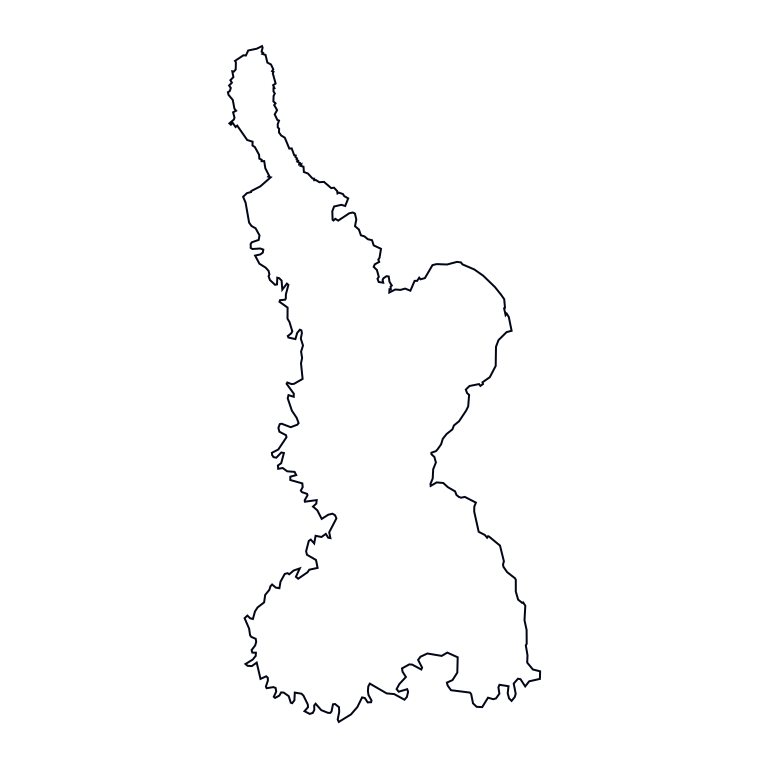 Nyarugenge, Kigali City, Rwanda
{"feature_id": "39286606B91255837333217", "entity_name": "Nyarugenge", "entity_type": "district", "adm_level": 2, "iso_a3": "RWA", "parent_name": "Rwanda", "parent_adm1": "Kigali City", "projection": "robinson", "projection_center": [30.031, -1.971], "detail": "fine", "context": "isolated", "style": "outline", "palette": "ink", "viewbox_px": 768, "rotation_deg": 0, "n_neighbors": 0, "source": "geoboundaries", "source_scale": "gbopen_adm2", "svg_char_len": 6079}
<svg xmlns="http://www.w3.org/2000/svg" viewBox="0 0 768 768"><path d="M511.6,330.8L508.8,317.0L506.7,313.6L505.6,315.1L504.1,308.3L505.0,307.8L504.2,299.2L501.1,294.8L494.9,287.0L483.2,275.7L474.2,269.4L462.5,264.4L460.9,262.4L456.9,261.9L447.1,264.5L436.7,264.1L432.5,265.1L424.9,278.1L420.5,279.3L419.2,277.7L417.1,280.9L414.6,280.9L410.4,290.7L405.1,288.6L400.5,289.9L395.3,289.5L389.3,292.5L389.5,289.2L390.8,289.2L390.6,286.5L391.8,285.5L389.5,281.8L388.7,276.5L386.5,276.2L383.4,278.3L382.6,280.0L383.2,282.7L378.7,282.0L377.5,278.8L378.8,276.9L376.9,270.0L373.7,266.9L374.8,264.3L379.2,261.9L378.3,259.6L379.5,257.9L381.0,248.8L373.7,245.4L372.0,240.2L367.8,239.2L364.5,236.4L360.9,235.3L358.9,229.5L355.0,226.2L356.3,219.4L354.9,213.5L352.7,212.5L349.2,213.3L338.2,220.6L335.3,218.8L333.5,220.5L332.6,219.8L332.3,211.2L334.1,206.5L341.4,204.8L345.2,206.0L348.2,198.4L344.2,196.1L342.9,194.0L338.7,192.6L337.5,193.4L337.1,191.0L334.0,187.7L331.2,188.1L324.0,181.9L319.3,182.2L316.0,180.1L314.2,180.2L314.2,178.7L312.5,178.5L307.9,173.5L303.9,172.0L303.5,166.7L301.0,166.0L301.3,164.5L300.3,165.1L300.2,163.6L299.2,164.1L299.4,162.7L297.3,161.6L298.1,160.7L296.6,159.5L297.0,158.4L295.4,156.9L295.7,155.5L294.2,155.2L291.7,148.4L289.3,148.6L284.8,137.7L281.2,135.5L279.0,132.5L279.1,128.7L277.8,127.4L277.7,124.4L279.0,120.6L277.4,120.0L274.7,114.4L277.1,110.1L274.2,105.1L275.5,103.3L273.4,101.4L273.6,95.9L274.8,93.5L273.5,91.4L273.5,88.2L274.4,88.1L273.1,85.2L275.6,83.5L272.8,73.3L273.5,71.8L272.1,71.1L273.3,69.3L271.0,64.5L267.4,62.6L265.5,54.9L262.3,53.9L263.1,52.9L261.6,51.7L262.6,47.7L262.0,46.1L256.8,48.7L248.2,50.5L245.9,55.5L243.4,55.3L235.0,60.9L235.9,62.3L235.7,69.5L233.8,71.6L232.3,71.3L233.4,77.1L230.4,80.2L231.9,82.7L229.1,85.5L230.8,88.0L229.7,91.2L227.9,92.2L228.5,94.8L232.8,100.0L234.4,108.7L236.1,110.7L233.1,112.3L234.5,117.7L233.9,119.5L229.4,123.4L230.9,124.7L232.6,122.8L235.6,127.0L237.2,125.6L247.2,140.0L252.6,141.7L252.5,145.5L254.9,147.1L259.1,154.8L259.3,158.6L261.7,159.8L261.6,161.2L264.2,161.1L265.3,168.2L269.1,175.7L268.3,176.6L270.7,177.3L260.3,186.4L251.3,191.0L251.1,192.0L247.0,193.1L243.1,196.8L245.6,202.7L249.1,222.6L251.5,226.0L255.6,228.3L259.5,235.4L258.7,239.9L251.8,242.3L250.7,243.9L250.7,247.9L252.4,249.0L260.3,248.5L263.3,249.6L262.8,252.6L260.4,254.4L255.1,255.6L259.4,263.7L265.6,267.6L268.6,270.9L269.4,274.4L268.6,276.2L269.9,280.0L275.1,284.8L277.0,284.4L277.3,277.7L279.2,278.2L281.6,280.6L282.3,289.6L286.9,283.6L288.4,284.9L285.9,294.3L285.8,298.5L285.1,299.7L280.0,300.2L279.5,301.8L287.6,307.6L287.5,318.7L289.4,321.8L292.3,331.3L291.2,333.4L287.8,336.0L288.4,337.5L295.4,339.1L297.2,332.9L299.9,329.7L301.4,330.4L301.9,333.1L300.8,338.6L303.0,345.5L301.1,351.6L302.1,358.0L301.0,363.3L302.6,378.9L294.1,383.8L291.6,384.1L287.3,382.5L286.6,383.8L293.8,393.7L293.7,396.8L288.5,395.1L287.7,398.3L291.9,410.7L296.7,417.9L298.6,423.1L297.3,424.7L290.7,427.2L281.6,423.7L279.8,424.1L278.4,427.9L279.4,431.7L286.0,435.2L286.5,437.2L278.3,449.5L271.9,452.8L272.1,455.0L273.5,457.1L276.3,457.7L281.3,452.5L283.9,453.0L281.2,463.2L277.9,465.5L278.2,468.8L282.7,468.0L287.2,471.3L294.6,471.9L296.2,475.1L290.3,476.7L290.3,480.0L302.3,483.4L302.7,487.1L300.8,490.6L301.9,492.1L307.1,493.9L307.5,495.3L304.7,500.2L304.9,501.7L316.7,500.1L316.3,503.6L313.0,506.6L317.3,510.3L321.7,518.9L328.3,514.7L332.5,513.7L335.1,515.3L336.4,518.4L329.2,532.3L330.4,538.1L328.2,537.7L325.8,533.9L321.5,537.0L315.6,535.8L314.2,543.4L310.8,539.6L308.8,540.9L306.1,551.3L307.0,554.8L316.0,560.0L317.6,567.9L309.3,569.7L307.5,572.3L298.2,578.7L295.9,576.8L299.8,568.4L293.7,570.5L289.2,574.3L287.6,573.2L284.8,573.9L280.5,581.7L279.4,588.2L275.8,587.6L272.1,584.5L270.5,586.2L269.3,589.9L265.2,594.9L264.1,602.4L257.6,607.4L255.0,611.4L252.9,619.0L250.2,618.3L247.4,615.6L244.6,618.2L249.1,628.6L250.1,635.3L251.3,636.9L255.7,638.8L256.2,641.8L255.2,645.4L251.6,650.1L252.3,652.6L255.9,652.7L255.7,655.9L252.7,659.6L245.5,664.0L247.6,665.8L251.8,666.1L256.7,662.6L260.5,678.9L266.2,676.3L267.8,677.8L267.9,680.5L265.9,686.6L266.6,688.2L273.5,687.1L275.6,688.0L276.2,691.6L273.8,696.8L275.1,697.9L279.3,695.6L281.2,692.4L283.7,692.6L288.7,696.1L290.8,702.7L292.2,703.2L294.4,700.3L294.8,692.6L301.5,693.7L303.5,695.7L307.8,704.5L308.0,707.2L304.5,711.2L309.7,713.9L312.8,712.9L314.3,709.9L314.2,705.5L315.6,703.7L321.2,710.1L328.1,712.9L330.3,712.9L331.5,711.5L333.0,704.3L335.0,704.0L339.0,707.2L339.2,712.0L337.7,719.5L338.8,721.9L351.0,714.4L357.4,707.0L362.1,697.4L364.9,698.1L367.7,702.4L371.1,702.2L371.5,700.5L368.5,695.0L367.9,691.1L368.3,686.4L369.8,683.6L386.7,693.4L394.2,694.1L404.5,699.7L406.9,696.9L408.1,691.8L407.2,689.2L398.7,691.7L396.6,689.1L399.3,684.1L405.9,677.0L402.6,671.8L402.0,668.4L409.3,664.4L412.2,664.6L421.3,669.5L422.1,667.6L418.1,659.9L420.5,656.7L427.4,653.5L441.7,655.9L447.3,652.6L457.7,657.3L457.3,672.6L452.5,680.1L446.9,682.6L447.7,685.6L451.0,690.2L470.0,692.6L471.2,694.2L473.0,703.3L476.6,706.8L482.2,707.1L488.0,697.7L493.3,699.2L496.0,698.4L499.4,693.7L498.4,687.3L499.5,684.8L508.5,686.2L507.7,693.3L509.1,698.4L511.6,700.9L514.7,697.1L515.7,693.8L513.7,683.6L518.0,678.7L520.5,679.2L525.2,686.4L529.2,681.3L539.9,678.9L540.1,671.3L532.9,669.5L527.2,662.6L527.5,655.3L525.8,645.3L526.7,643.8L526.6,630.0L524.5,620.3L525.3,605.7L523.1,602.4L522.2,602.9L518.1,599.6L515.8,591.5L515.8,579.7L514.9,578.2L507.1,572.1L503.5,566.9L503.0,564.5L503.9,561.3L500.0,545.6L489.2,536.7L488.1,536.2L487.1,537.7L484.9,535.0L478.7,531.8L474.2,511.6L474.3,506.6L475.9,502.6L464.8,496.9L461.0,497.7L458.7,496.8L456.5,495.0L455.1,491.4L447.9,487.2L443.3,483.0L436.7,482.4L430.7,485.9L430.5,483.8L432.7,478.5L433.2,469.2L435.9,462.5L434.4,457.0L431.4,454.2L431.4,452.7L436.0,451.1L437.6,449.3L441.1,444.3L442.8,438.8L446.6,434.0L452.4,429.4L453.9,425.5L459.1,421.2L466.0,410.8L468.2,406.4L469.1,394.9L467.1,393.1L465.8,389.6L469.5,386.0L479.0,384.1L480.4,385.9L483.0,384.0L482.5,382.3L489.8,377.2L495.7,365.9L496.0,346.7L498.5,340.1L506.6,332.1L511.6,330.8Z" fill="none" stroke="#020617" stroke-width="2"/></svg>